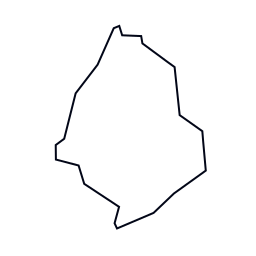 Fangak, Jonglei, South Sudan, rotated 138°
{"feature_id": "79223893B14796875108361", "entity_name": "Fangak", "entity_type": "district", "adm_level": 2, "iso_a3": "SSD", "parent_name": "South Sudan", "parent_adm1": "Jonglei", "projection": "robinson", "projection_center": [30.661, 9.044], "detail": "fine", "context": "isolated", "style": "outline", "palette": "ink", "viewbox_px": 256, "rotation_deg": 138, "n_neighbors": 0, "source": "geoboundaries", "source_scale": "gbopen_adm2", "svg_char_len": 434}
<svg xmlns="http://www.w3.org/2000/svg" viewBox="0 0 256 256"><g transform="rotate(138 128 128)"><path d="M66.2,209.7L71.8,211.7L108.2,195.4L143.7,188.8L182.6,162.7L193.1,163.7L202.7,152.8L189.8,133.2L197.9,115.8L187.4,75.4L201.7,66.2L203.4,60.7L165.8,47.8L137.6,48.6L98.7,44.3L81.3,67.5L74.9,75.9L81.0,103.0L52.6,142.1L54.4,150.4L60.7,181.2L56.7,187.5L70.3,200.8L66.2,209.7Z" fill="none" stroke="#020617" stroke-width="2"/></g></svg>